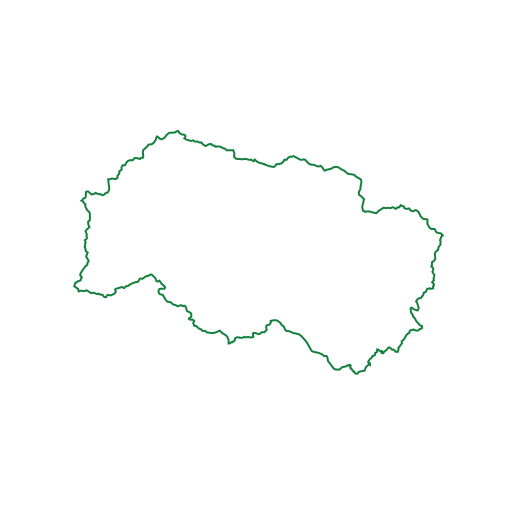 Phato, Chumphon, Thailand, rotated 63°
{"feature_id": "78962969B64090503691360", "entity_name": "Phato", "entity_type": "district", "adm_level": 2, "iso_a3": "THA", "parent_name": "Thailand", "parent_adm1": "Chumphon", "projection": "mercator", "projection_center": [98.813, 9.803], "detail": "fine", "context": "isolated", "style": "outline", "palette": "green", "viewbox_px": 512, "rotation_deg": 63, "n_neighbors": 0, "source": "geoboundaries", "source_scale": "gbopen_adm2", "svg_char_len": 6133}
<svg xmlns="http://www.w3.org/2000/svg" viewBox="0 0 512 512"><g transform="rotate(63 256 256)"><path d="M200.5,431.7L204.6,429.4L207.0,430.1L207.4,427.8L209.4,424.9L209.7,422.4L214.2,419.8L215.0,417.3L217.7,415.0L218.0,413.4L219.8,412.3L220.3,410.9L221.2,410.3L223.4,409.9L224.5,408.9L224.3,407.5L223.4,406.5L223.4,405.5L225.2,403.4L225.3,399.1L224.3,397.2L222.3,397.0L221.6,396.0L222.8,389.5L224.8,388.1L223.9,385.5L224.7,383.1L224.2,382.1L224.1,379.5L224.6,375.5L225.4,373.3L225.0,371.9L223.6,370.3L223.5,369.4L224.8,367.4L224.1,363.2L224.8,361.0L224.6,358.6L225.3,357.3L229.8,355.8L233.3,356.0L234.1,355.2L234.2,353.3L238.2,352.6L242.0,351.1L242.9,351.4L243.6,352.5L242.0,355.5L241.6,357.0L241.9,357.8L243.4,359.1L245.5,359.3L246.4,358.9L248.4,356.7L254.3,356.4L256.5,355.7L258.5,353.0L261.5,351.9L263.5,349.7L264.8,349.0L265.5,347.9L265.5,346.1L266.0,344.7L267.5,343.9L267.7,342.4L268.6,341.7L273.7,342.4L276.9,340.1L278.4,340.0L280.8,341.3L281.2,344.2L281.7,344.3L283.0,343.5L283.5,341.9L285.4,340.5L285.9,340.5L287.2,342.4L290.3,342.7L290.9,341.2L294.8,339.7L296.5,338.2L298.7,337.5L299.5,335.4L302.0,334.3L305.0,329.6L305.7,327.4L306.1,322.1L308.5,321.5L312.9,318.9L314.8,318.3L318.5,318.6L321.5,320.1L322.0,318.6L321.6,317.8L322.1,316.3L321.6,315.9L322.0,314.4L321.2,312.9L320.0,312.3L319.7,310.2L320.6,308.2L321.4,307.8L322.1,306.5L322.8,304.8L322.7,303.1L324.1,301.7L324.3,300.1L325.8,298.4L327.0,295.4L326.7,295.0L323.7,294.0L323.4,293.3L324.0,292.0L326.8,289.1L327.1,287.9L326.5,285.5L327.8,283.1L326.7,280.0L324.4,279.4L322.7,278.2L323.2,274.7L321.6,272.7L320.5,272.4L321.5,268.7L323.2,266.3L327.0,264.5L329.3,264.5L331.3,263.2L334.5,263.5L336.4,263.1L338.3,260.3L341.3,258.0L345.0,253.4L348.5,251.7L355.6,250.0L365.9,249.5L367.0,248.7L371.1,243.8L373.7,241.7L376.2,240.7L377.0,238.6L379.0,238.5L382.2,239.5L391.9,237.8L393.2,236.6L395.1,233.4L394.2,229.6L395.2,226.1L394.9,224.2L395.8,223.0L395.3,222.5L395.9,221.5L396.5,221.4L398.3,222.7L399.1,222.8L399.6,222.1L401.9,222.0L403.3,221.6L403.4,221.0L405.4,221.1L406.8,219.5L406.9,218.6L406.1,217.5L406.1,215.8L407.5,211.3L405.6,209.4L404.7,207.8L403.8,204.3L404.7,203.9L403.3,203.2L402.3,204.3L401.1,204.0L399.5,201.0L398.9,198.7L397.9,197.6L398.4,196.4L398.0,194.7L396.5,193.9L396.4,191.7L394.3,190.5L394.7,189.7L396.8,188.8L398.0,186.9L398.8,187.0L398.9,188.0L399.3,188.1L400.4,186.9L399.3,184.6L399.1,182.5L397.7,179.7L398.0,178.6L401.3,177.2L401.5,176.4L402.8,175.4L404.8,175.0L405.7,173.0L404.1,171.5L402.8,171.2L400.0,165.6L398.1,164.8L397.5,162.1L394.7,157.9L394.1,155.9L394.2,154.2L392.8,153.3L392.2,152.3L392.9,150.6L392.8,149.3L394.9,147.4L395.9,145.9L395.9,144.4L395.4,143.4L395.8,142.5L395.5,140.8L393.7,139.9L392.4,141.2L388.9,142.2L386.4,142.8L384.0,142.7L381.2,143.5L379.6,143.1L376.6,143.5L373.0,142.1L372.5,141.3L373.1,140.4L374.9,139.7L377.4,137.4L377.9,136.5L376.2,134.6L370.8,133.7L369.1,133.9L367.8,131.8L367.8,129.2L368.3,127.6L367.4,126.6L367.0,125.0L364.8,123.1L365.1,121.1L363.2,118.7L363.1,117.7L363.7,116.9L363.6,115.8L364.8,114.9L365.2,112.8L363.3,111.9L363.2,111.1L361.6,110.2L360.0,111.0L359.2,110.9L358.5,108.5L357.0,108.2L354.1,105.7L350.2,106.0L348.8,104.3L347.1,103.7L345.0,104.5L344.7,103.8L341.4,102.0L341.2,99.6L340.2,98.0L339.4,97.2L335.3,95.8L333.7,93.8L333.2,90.9L331.1,89.5L329.5,86.3L327.6,85.5L327.0,84.8L325.5,84.9L322.4,81.3L322.5,80.3L320.6,80.6L319.4,81.4L318.2,83.3L316.7,84.5L313.0,84.6L311.6,87.4L309.7,88.5L305.2,88.7L301.3,86.7L298.6,90.4L295.2,91.3L291.0,91.1L289.9,91.4L288.0,92.5L287.5,93.2L287.4,95.5L286.8,96.8L285.9,97.4L283.0,98.1L282.6,100.1L280.9,102.1L279.0,101.7L277.7,103.4L276.4,104.0L277.7,106.4L276.9,107.7L277.5,109.9L274.7,111.9L274.2,115.0L273.1,116.3L272.2,118.8L270.9,120.3L271.5,126.7L272.4,128.7L272.4,129.6L267.1,135.7L266.1,138.8L264.7,139.3L264.2,140.1L260.4,139.1L254.4,133.9L250.5,135.2L248.5,136.3L246.9,136.1L245.0,134.5L243.7,132.4L241.5,131.3L238.3,128.7L235.6,127.7L230.3,131.0L228.3,131.6L224.3,136.9L220.0,138.7L217.4,140.7L214.4,142.3L212.9,144.1L212.1,146.7L212.4,149.3L211.3,153.5L211.3,155.8L210.1,156.4L206.5,156.8L204.9,157.7L205.1,158.3L204.1,160.5L200.9,163.2L199.5,165.6L197.6,167.1L192.7,168.4L191.6,169.6L191.3,171.1L190.1,173.0L184.1,177.1L183.9,178.9L183.0,180.5L182.9,182.4L184.2,185.1L183.1,187.0L184.0,188.1L185.1,191.4L184.3,194.4L183.4,196.0L184.7,198.5L184.7,199.8L182.5,202.8L178.9,206.4L177.7,206.9L177.6,207.6L176.8,208.0L175.0,210.2L172.4,212.3L169.5,213.3L170.5,215.1L168.0,216.5L167.3,218.3L164.7,221.1L163.6,224.3L160.4,229.5L157.6,230.6L154.7,228.6L151.4,228.3L148.5,234.1L146.3,234.9L144.8,236.7L142.9,237.7L141.6,239.1L140.2,242.6L138.9,242.8L137.4,244.8L136.2,244.9L135.6,245.5L135.1,246.8L135.1,251.0L132.7,252.5L130.0,253.1L129.7,254.3L127.1,256.6L126.4,258.4L124.4,259.6L124.2,261.0L123.3,262.5L120.3,265.4L118.5,266.4L117.5,264.6L116.6,264.3L115.4,264.8L114.4,266.5L111.8,268.4L109.2,268.6L108.9,270.4L109.2,272.0L106.8,277.5L107.5,280.6L109.0,283.5L109.3,286.9L107.9,288.5L105.2,289.4L104.5,290.2L106.9,292.5L108.6,295.4L109.1,298.2L108.1,300.5L108.1,301.6L108.9,302.7L110.5,308.5L111.9,309.6L116.5,311.4L117.1,312.2L116.4,314.0L116.9,315.4L114.4,318.0L113.6,319.5L114.7,322.5L113.4,324.7L113.2,327.3L113.7,328.7L115.5,331.2L115.4,332.5L114.6,333.7L116.0,335.6L118.1,336.5L118.5,339.5L120.6,340.4L121.4,342.7L123.7,344.3L123.7,346.3L121.5,349.3L121.3,351.3L120.5,352.9L129.7,356.3L131.6,358.3L132.0,359.4L131.7,361.6L132.4,363.3L132.2,365.2L130.2,366.6L129.2,368.5L126.9,370.3L127.2,371.9L126.5,374.6L122.4,376.2L121.8,377.1L121.8,378.4L126.2,381.0L126.7,382.7L126.4,384.0L127.2,384.9L127.5,386.4L129.0,385.3L130.7,385.3L132.5,384.4L133.7,385.4L134.8,385.6L138.5,385.6L140.7,384.7L142.6,384.7L148.6,387.7L149.4,390.2L152.3,391.2L154.7,391.3L155.6,394.9L156.5,396.6L160.1,397.0L161.5,398.2L163.1,398.2L163.9,399.4L164.2,401.4L166.6,401.6L167.5,402.7L169.3,403.5L169.9,404.5L172.7,404.7L173.0,405.1L174.5,405.4L176.5,404.4L179.3,407.6L184.5,407.3L185.6,409.3L187.3,410.4L187.7,412.7L191.5,419.9L193.4,421.4L195.9,420.8L196.4,421.9L198.1,423.4L197.7,426.2L198.1,427.3L197.8,428.9L200.5,431.7Z" fill="none" stroke="#15803d" stroke-width="2"/></g></svg>